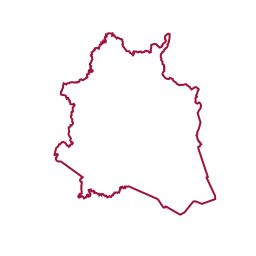 Catacamas, Olancho, Honduras (Natural Earth projection), rotated 166°
{"feature_id": "27666195B98073695243909", "entity_name": "Catacamas", "entity_type": "district", "adm_level": 2, "iso_a3": "HND", "parent_name": "Honduras", "parent_adm1": "Olancho", "projection": "natural_earth1", "projection_center": [-85.508, 14.563], "detail": "fine", "context": "isolated", "style": "outline", "palette": "rose", "viewbox_px": 256, "rotation_deg": 166, "n_neighbors": 0, "source": "geoboundaries", "source_scale": "gbopen_adm2", "svg_char_len": 5849}
<svg xmlns="http://www.w3.org/2000/svg" viewBox="0 0 256 256"><g transform="rotate(166 128 128)"><path d="M118.7,221.2L119.1,221.5L121.1,221.3L120.9,221.9L120.2,222.6L119.9,223.4L120.1,223.7L120.7,223.5L124.2,224.7L125.4,223.9L126.6,224.3L127.1,223.6L126.4,222.3L126.5,221.9L127.0,221.6L128.2,221.9L128.6,221.4L128.8,220.6L128.4,218.5L128.6,217.2L129.0,216.6L129.9,216.9L130.2,218.7L130.7,219.0L131.2,218.1L130.8,217.1L131.0,216.7L132.5,216.5L132.7,217.4L133.2,217.5L133.3,215.6L133.8,215.4L134.7,215.9L135.2,215.7L136.0,213.8L136.7,213.3L136.7,212.3L137.0,212.0L137.5,212.0L138.1,213.0L138.8,213.4L140.9,213.3L141.2,212.9L141.2,211.9L141.7,211.4L142.5,211.7L143.7,210.4L145.0,210.2L145.1,208.2L146.2,207.8L146.6,207.1L145.6,206.0L146.0,204.2L146.0,202.9L147.2,202.0L147.7,200.9L148.5,200.3L148.6,199.7L149.4,199.5L149.7,199.0L149.6,198.2L148.7,196.9L148.9,196.5L149.9,196.3L149.9,195.2L149.4,194.3L149.7,192.9L148.5,192.5L148.3,192.0L149.2,191.3L150.6,191.3L150.9,192.0L150.6,193.4L151.2,193.7L151.8,193.5L152.4,192.6L152.8,190.9L152.7,190.0L154.7,190.0L155.1,189.5L155.0,187.4L155.3,186.8L156.4,187.0L156.9,186.4L160.0,185.4L161.0,185.7L161.6,186.5L162.2,186.6L163.3,186.3L163.6,185.4L164.1,184.7L166.3,184.9L166.6,184.4L167.8,185.1L168.9,184.9L171.2,186.1L172.6,186.0L173.4,186.2L174.5,185.7L176.3,186.0L177.5,185.2L179.6,186.9L180.6,185.1L181.3,182.7L182.5,181.6L183.0,180.3L184.2,179.6L184.2,178.8L185.0,177.6L184.9,176.7L183.5,175.8L181.8,175.2L180.6,174.4L180.4,171.1L179.9,171.2L179.2,171.9L178.8,171.8L178.7,170.5L178.3,169.3L177.8,168.6L178.5,167.7L177.8,166.7L178.1,165.1L176.4,164.2L174.7,164.6L174.2,163.3L174.5,162.7L176.7,161.1L177.2,159.3L177.4,157.4L177.8,157.0L178.8,157.3L179.4,155.8L179.5,154.1L180.6,153.4L180.7,152.1L179.9,149.7L180.7,147.6L180.0,146.5L180.2,145.8L181.7,144.4L183.0,144.8L183.4,143.4L184.9,143.2L185.6,142.5L185.8,139.2L187.2,136.4L187.1,135.1L185.9,131.8L187.0,130.3L186.7,128.4L186.5,127.9L185.7,127.8L185.3,127.4L185.2,126.6L186.2,125.7L187.9,125.8L189.2,124.3L189.9,124.0L190.1,125.2L191.5,125.8L192.1,128.1L192.8,129.0L194.0,130.1L195.6,130.2L197.6,128.8L198.9,128.9L200.0,127.2L202.5,126.0L205.9,119.7L205.7,119.4L203.2,119.9L202.5,119.3L204.0,117.4L205.2,116.6L205.1,115.8L205.6,115.3L205.4,114.4L204.8,113.3L203.8,112.4L201.3,111.8L183.9,91.2L184.8,90.7L185.5,90.7L186.0,89.9L186.8,89.6L187.2,89.1L187.2,88.5L186.8,87.3L186.0,87.1L185.9,86.8L186.6,84.5L187.4,83.2L187.3,82.4L187.6,81.5L188.0,81.0L187.9,80.3L188.3,78.5L188.3,77.1L188.6,76.1L189.0,75.5L190.2,75.9L190.9,75.6L191.2,74.9L192.4,74.5L192.8,73.6L192.6,72.5L192.3,72.4L192.1,73.2L190.6,72.4L190.0,72.7L189.9,73.3L189.4,72.8L188.6,72.7L187.8,71.4L187.8,70.4L187.1,70.4L185.9,71.1L185.4,70.8L184.3,71.7L184.0,73.0L183.1,73.2L182.8,72.8L183.2,71.4L182.7,70.8L181.8,70.9L181.0,71.5L180.6,72.2L180.7,73.0L180.3,73.5L181.0,75.1L180.6,75.4L181.3,76.6L181.1,77.3L180.8,77.1L179.0,77.5L178.3,75.4L177.6,75.0L177.2,75.2L176.9,74.7L176.5,75.2L176.3,75.0L175.8,73.9L176.1,73.0L175.4,73.1L174.0,72.3L173.0,71.2L172.1,71.1L171.8,70.4L172.0,69.7L171.0,70.2L170.4,70.1L170.1,69.5L169.9,70.3L169.4,70.0L168.5,70.1L167.9,69.5L167.7,68.6L166.5,67.9L166.5,67.4L165.5,67.5L165.3,66.4L164.5,66.2L164.3,65.6L162.3,66.3L161.2,65.2L159.4,66.7L158.9,66.4L158.2,67.5L157.5,67.6L156.8,68.6L156.1,68.2L155.6,68.4L154.5,68.1L154.1,67.7L153.8,68.0L152.3,67.5L152.1,68.1L151.6,68.4L151.1,69.9L150.6,70.0L150.6,70.5L149.5,71.0L149.6,71.3L149.3,71.4L150.0,72.0L149.4,72.4L148.8,72.5L148.3,72.0L147.6,72.3L147.0,70.9L146.5,71.2L145.3,70.5L145.2,71.7L144.9,72.0L143.5,71.4L141.3,71.1L116.7,52.1L116.1,51.3L113.0,42.4L111.4,41.9L110.9,42.7L110.2,42.7L98.4,31.3L93.6,32.4L82.7,40.7L81.3,40.8L80.1,40.4L74.6,36.5L60.6,37.9L59.9,40.8L63.8,61.0L62.9,61.5L62.4,61.4L64.7,91.5L64.3,92.8L62.7,92.8L62.2,93.7L60.9,94.5L61.6,95.2L61.4,96.4L62.3,97.1L62.4,97.8L62.8,98.0L62.6,98.9L63.3,100.5L63.1,100.7L63.0,102.9L63.4,104.4L62.2,105.3L61.8,107.3L59.2,110.5L56.3,115.9L56.8,125.6L54.8,128.0L52.9,129.5L52.4,130.9L52.1,131.0L51.6,132.7L52.0,134.5L52.9,135.6L54.8,134.9L56.2,136.2L56.4,136.9L55.8,137.9L55.6,139.7L55.1,140.9L54.6,141.0L53.5,141.7L53.5,142.1L54.1,142.6L54.0,143.3L52.5,144.9L51.7,146.7L50.3,147.8L50.1,148.9L50.9,149.5L51.6,150.9L53.3,151.4L56.9,150.0L57.5,150.8L58.2,153.0L59.0,153.5L59.6,154.7L60.4,155.1L60.7,156.1L61.2,156.6L64.6,156.5L65.9,157.0L67.5,157.0L68.5,157.7L69.0,158.4L70.2,159.2L70.3,160.4L72.2,162.2L72.9,164.1L72.9,165.0L74.6,165.9L75.3,166.6L76.1,165.7L77.5,165.8L79.6,167.4L81.3,170.7L81.5,172.2L79.6,174.4L79.0,174.5L78.7,175.8L78.9,176.1L78.2,177.0L78.5,177.8L78.4,178.4L78.0,178.6L78.2,179.5L77.8,180.2L79.1,181.8L78.4,183.8L78.8,184.3L79.4,186.3L78.9,186.9L78.7,187.6L79.1,188.9L78.5,191.0L77.8,192.1L76.7,192.6L76.2,193.6L75.0,193.5L74.2,194.8L73.7,195.0L72.7,196.0L72.4,195.9L71.7,196.5L70.7,196.7L70.0,197.4L69.4,198.7L69.5,199.6L68.4,200.1L67.4,202.0L67.6,202.3L66.8,203.2L65.5,206.6L65.4,207.7L64.8,208.7L65.4,209.6L66.6,209.7L67.7,209.2L68.2,209.2L69.8,208.0L70.6,205.9L70.5,204.9L70.0,203.9L70.7,202.7L71.4,202.1L74.0,201.0L74.2,200.5L74.7,200.2L74.7,199.5L75.3,199.1L75.6,199.2L76.1,198.5L77.9,198.4L78.2,198.7L78.4,199.6L79.8,201.0L80.0,202.1L80.9,202.8L82.9,203.2L85.4,202.9L86.2,199.7L86.9,199.0L87.3,196.5L87.6,196.1L88.8,195.8L89.4,196.4L89.4,197.1L89.8,197.6L91.3,198.2L91.9,198.7L93.0,198.5L93.9,197.8L94.4,198.0L96.0,197.7L97.0,199.1L97.8,198.8L99.1,199.4L100.1,198.9L101.4,200.2L102.7,200.4L103.5,201.0L104.6,200.2L104.2,199.5L104.2,198.8L105.0,198.1L105.2,197.5L105.6,197.3L106.0,198.4L107.7,200.2L108.1,202.0L110.0,202.6L111.0,203.2L111.5,205.2L112.0,205.6L112.3,207.3L113.1,208.2L113.2,210.4L112.6,210.6L112.6,211.9L112.3,212.6L112.5,213.5L112.2,214.6L112.4,215.3L113.1,216.0L113.7,215.9L115.0,217.4L115.9,217.8L116.3,218.3L117.4,217.7L117.6,218.6L118.8,219.9L118.7,221.2Z" fill="none" stroke="#9f1239" stroke-width="2"/></g></svg>